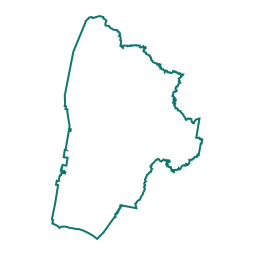 the district of Bellingen, New South Wales, Australia, rotated 91°
{"feature_id": "25037944B1782787006296", "entity_name": "Bellingen", "entity_type": "district", "adm_level": 2, "iso_a3": "AUS", "parent_name": "Australia", "parent_adm1": "New South Wales", "projection": "albers", "projection_center": [152.743, -30.374], "detail": "fine", "context": "isolated", "style": "outline", "palette": "teal", "viewbox_px": 256, "rotation_deg": 91, "n_neighbors": 0, "source": "geoboundaries", "source_scale": "gbopen_adm2", "svg_char_len": 5688}
<svg xmlns="http://www.w3.org/2000/svg" viewBox="0 0 256 256"><g transform="rotate(91 128 128)"><path d="M22.9,172.3L52.7,184.0L96.6,191.8L104.7,191.3L107.2,191.7L107.4,190.4L110.1,190.8L110.4,188.9L112.2,189.1L127.4,186.4L130.1,186.9L130.3,185.2L132.1,185.5L131.9,187.1L150.6,190.0L151.1,189.5L150.9,190.8L158.3,191.8L158.8,187.9L166.7,189.0L166.1,192.9L169.5,193.4L169.4,193.9L172.0,194.4L172.3,192.6L171.9,192.6L172.1,191.2L172.9,191.3L173.2,189.9L174.5,190.2L173.9,193.7L176.2,194.1L176.4,194.5L176.2,194.6L176.3,195.0L177.3,195.2L177.5,195.7L182.3,196.3L182.0,198.3L186.0,199.0L186.3,196.9L203.9,199.4L220.6,202.5L221.2,201.8L221.3,201.4L224.2,201.9L224.3,201.6L224.9,201.7L226.8,197.3L228.1,195.5L229.1,194.7L227.9,193.1L227.6,189.6L228.1,186.9L228.8,185.0L229.3,180.6L230.1,177.8L229.8,176.3L230.4,173.7L231.6,170.3L233.9,165.3L236.4,161.0L239.4,156.9L232.5,150.4L217.5,140.1L217.6,139.2L217.1,138.8L216.3,139.1L215.2,139.0L215.1,139.3L214.4,139.3L214.1,138.8L214.2,138.4L213.6,137.2L213.1,136.8L212.4,136.9L212.4,137.2L211.9,136.7L211.7,136.9L211.5,136.4L211.0,136.4L210.8,135.9L210.2,136.0L210.2,135.7L209.7,135.5L208.8,135.5L208.6,135.3L208.9,134.9L207.9,134.2L207.1,134.0L206.9,134.2L206.7,133.9L206.5,134.1L206.3,133.8L205.8,134.1L205.8,133.7L205.7,133.9L205.3,133.7L205.2,133.4L205.5,133.3L208.0,118.2L203.4,119.4L203.1,118.9L203.0,118.4L201.4,117.7L200.2,116.5L199.9,115.6L199.4,114.9L196.2,113.6L193.6,111.8L192.3,111.7L191.0,110.9L189.7,110.6L189.3,110.2L188.6,110.1L187.3,110.5L187.0,111.0L186.8,111.0L186.0,110.7L185.5,110.0L184.8,109.8L183.9,110.7L183.1,110.8L182.7,110.4L181.4,109.9L181.1,109.2L180.2,109.8L179.0,110.1L178.0,109.3L177.2,109.3L176.0,108.6L174.4,108.3L174.1,107.3L171.9,105.6L171.9,104.9L171.3,104.1L169.1,103.9L168.5,103.2L167.3,104.5L166.5,104.4L165.9,104.8L165.6,104.1L165.3,103.7L164.3,103.9L161.3,100.8L159.6,99.7L159.4,98.7L158.6,98.1L158.5,97.1L158.8,96.8L158.9,96.3L159.4,96.2L160.4,95.3L160.9,94.3L160.6,93.8L160.0,93.4L159.8,92.5L158.8,91.8L159.5,90.6L160.6,90.0L160.2,90.1L160.2,89.6L159.8,89.1L159.3,88.9L159.8,87.7L159.5,86.8L159.7,86.3L160.2,85.8L160.5,85.8L160.4,86.3L161.0,86.6L161.0,87.6L161.5,87.0L162.0,88.5L163.1,89.1L164.0,89.2L164.2,88.9L163.6,87.7L164.2,87.5L165.5,87.9L165.3,87.2L166.0,86.7L166.4,86.1L166.2,85.2L166.7,85.0L166.6,84.5L166.8,84.2L168.5,84.1L169.0,82.9L170.0,83.6L170.6,82.1L171.1,82.0L171.4,81.4L170.3,81.1L169.7,81.4L169.2,81.0L169.0,80.5L169.2,78.5L168.9,78.3L168.6,77.7L168.1,77.4L168.0,76.9L167.5,76.7L168.6,76.2L168.6,75.9L168.0,75.9L167.9,74.8L167.1,74.5L165.3,73.5L164.4,72.4L164.3,72.1L164.7,71.0L164.2,70.5L164.4,70.0L162.8,69.5L162.8,69.1L163.5,68.5L163.9,68.6L164.2,68.4L163.9,67.5L163.3,66.9L162.3,66.7L161.9,66.1L161.1,66.2L160.2,65.8L158.8,66.1L158.6,64.5L158.9,63.7L157.6,62.8L157.5,61.8L156.0,61.0L155.5,59.7L155.9,59.1L155.4,58.3L153.9,58.3L153.4,57.9L154.0,57.4L154.1,56.9L142.2,55.0L142.3,54.2L138.1,53.5L137.7,55.0L138.2,55.3L138.0,55.8L136.9,56.0L136.4,56.6L136.7,58.6L136.6,59.6L117.3,56.7L117.9,59.0L118.5,60.2L120.5,62.0L121.3,62.2L122.0,62.1L122.2,62.6L122.0,63.2L121.5,63.8L119.9,64.6L118.0,64.8L117.7,65.2L117.5,65.9L117.8,66.7L117.6,67.0L117.7,67.4L117.4,68.0L118.1,69.0L118.5,69.3L118.9,70.1L118.2,70.7L117.4,70.6L116.8,71.0L116.5,71.4L116.0,71.6L115.0,72.6L113.7,72.9L111.0,75.7L110.0,76.0L109.9,77.0L109.4,78.5L108.0,78.6L107.5,79.1L107.4,79.5L107.6,79.8L107.5,80.9L105.7,81.1L104.5,82.4L103.5,81.9L103.2,81.1L102.7,81.1L102.0,81.8L102.0,82.1L102.5,82.7L102.0,83.4L101.6,83.0L100.9,82.9L101.3,82.7L101.0,82.1L100.2,82.1L100.1,82.3L99.4,82.3L99.4,81.9L100.3,81.2L100.2,80.9L99.3,80.7L98.9,81.0L98.1,80.9L97.4,81.6L98.0,82.8L96.6,82.5L95.1,83.4L95.5,83.9L95.4,84.1L94.7,84.0L93.9,83.4L91.7,83.3L90.7,82.1L90.9,81.6L90.5,81.3L90.6,80.7L90.1,79.9L88.7,80.5L87.9,81.2L87.4,81.2L85.7,80.3L85.7,79.4L85.4,79.0L84.5,79.0L84.0,78.5L83.0,78.3L81.9,76.7L80.7,78.1L80.2,77.9L79.9,77.2L79.3,77.6L78.3,77.6L77.7,78.1L76.4,76.1L75.3,75.7L74.6,74.4L73.5,73.9L73.6,74.6L74.7,76.1L73.3,76.2L72.4,76.8L72.3,77.6L73.0,77.8L73.0,78.5L72.5,79.0L72.3,79.6L71.3,80.2L71.3,82.3L71.1,82.5L70.6,82.3L70.2,83.2L70.3,83.8L71.4,84.2L72.2,85.0L72.1,86.5L71.6,87.1L71.9,87.7L71.5,88.2L71.7,89.1L71.5,89.5L71.2,89.8L70.2,90.1L69.9,90.9L71.5,92.2L69.9,92.3L69.7,93.0L68.7,93.9L68.9,94.5L68.8,95.1L68.2,95.7L67.3,95.8L67.7,96.7L66.2,96.8L65.9,97.8L65.5,97.5L65.0,97.7L64.9,96.9L64.1,96.7L64.1,97.1L63.5,97.7L64.1,98.5L64.2,99.9L63.9,99.9L63.6,99.5L62.9,100.0L62.9,101.0L61.8,104.0L61.4,104.2L61.1,104.7L60.5,104.7L59.9,105.7L59.5,105.6L58.9,106.2L57.7,106.0L56.7,107.1L56.0,106.9L55.3,107.5L55.3,108.1L54.6,108.5L53.8,111.0L53.4,111.3L52.5,111.3L52.1,111.6L51.8,113.0L51.2,113.2L51.0,113.8L50.0,113.9L49.0,112.9L48.4,113.2L47.6,111.7L46.7,112.1L47.0,113.2L47.4,113.4L47.3,114.0L46.2,114.2L46.7,114.8L46.5,115.3L47.1,115.9L47.3,117.0L46.4,118.0L45.9,118.1L45.5,117.9L45.5,119.0L45.2,119.6L45.4,120.7L44.9,121.4L45.2,122.3L45.2,123.1L45.4,123.4L45.3,124.6L45.5,125.1L45.3,125.4L45.9,125.9L45.8,126.7L45.5,126.9L45.5,127.8L45.9,128.2L46.0,129.4L46.2,129.6L45.7,130.0L45.8,134.2L48.1,134.5L48.0,134.8L47.0,135.6L46.1,136.9L45.5,136.6L45.5,136.9L41.7,136.4L40.8,136.6L40.4,137.3L40.1,137.4L38.7,136.8L37.9,136.9L36.9,137.5L36.3,138.5L35.4,137.5L34.4,138.1L33.7,137.7L33.2,138.2L32.7,138.2L31.8,139.2L31.7,140.2L30.5,140.3L30.2,140.5L30.3,141.9L29.9,144.3L28.9,146.0L28.3,147.5L26.6,148.4L25.8,152.3L25.1,152.5L23.7,152.4L21.8,151.7L20.7,151.6L19.5,153.3L19.0,154.4L18.3,154.4L18.2,154.7L17.4,154.7L16.6,158.6L17.1,160.3L17.8,161.7L17.7,162.1L18.7,164.8L18.5,165.2L18.0,165.5L17.8,166.1L17.9,167.6L18.3,168.8L18.9,169.5L19.5,169.6L20.9,171.3L22.4,172.4L22.9,172.3Z" fill="none" stroke="#0f766e" stroke-width="2"/></g></svg>